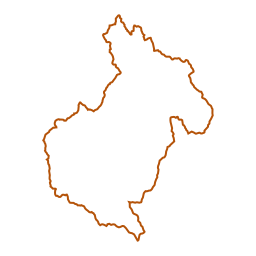 outline of Rodriguez de Mendoza, Amazonas, Peru
{"feature_id": "86281439B72683184025265", "entity_name": "Rodriguez de Mendoza", "entity_type": "district", "adm_level": 2, "iso_a3": "PER", "parent_name": "Peru", "parent_adm1": "Amazonas", "projection": "robinson", "projection_center": [-77.448, -6.363], "detail": "fine", "context": "isolated", "style": "outline", "palette": "amber", "viewbox_px": 256, "rotation_deg": 0, "n_neighbors": 0, "source": "geoboundaries", "source_scale": "gbopen_adm2", "svg_char_len": 5790}
<svg xmlns="http://www.w3.org/2000/svg" viewBox="0 0 256 256"><path d="M77.6,205.3L79.2,205.3L80.3,205.6L81.1,205.2L81.6,205.2L82.1,205.7L82.8,205.8L84.1,206.4L85.2,208.5L86.4,209.7L87.8,210.7L89.3,212.1L90.4,212.4L91.7,212.0L92.3,212.8L93.5,213.2L94.1,214.3L94.8,215.0L95.5,218.3L96.2,219.7L97.2,220.5L98.2,222.1L98.6,223.6L100.2,225.2L101.6,224.4L102.7,224.3L104.4,224.9L106.4,226.0L107.2,225.1L107.5,224.2L109.3,223.8L111.1,224.9L113.1,224.3L114.6,224.5L115.1,224.8L115.8,225.6L117.1,226.6L118.9,227.3L120.2,227.0L122.4,226.0L123.1,226.0L124.1,226.3L126.0,228.2L129.0,232.4L130.4,232.9L132.0,233.2L134.1,234.4L137.6,240.6L138.0,240.5L138.5,239.9L139.5,235.0L140.6,233.8L142.4,233.5L143.4,233.0L144.4,232.1L144.5,231.6L143.5,230.1L142.4,226.7L141.3,225.9L140.9,225.3L140.2,222.8L138.2,220.9L138.1,220.3L138.3,218.2L138.0,216.8L137.5,215.7L136.5,214.9L133.8,213.7L133.1,213.1L131.7,209.5L129.8,207.0L129.7,203.0L129.2,202.1L131.1,202.5L132.5,202.1L135.2,202.7L136.5,202.3L137.2,202.3L139.3,202.7L141.2,202.2L141.6,201.1L141.6,200.5L141.9,199.3L142.9,197.5L143.7,193.7L143.9,193.1L144.9,191.8L145.4,191.3L145.8,191.1L146.3,191.3L147.6,191.1L148.9,190.6L150.2,190.5L150.7,190.3L151.9,189.1L153.0,187.0L154.6,185.0L155.1,182.2L156.2,179.2L157.3,177.3L157.1,175.2L158.0,173.4L158.5,169.6L158.0,168.2L157.9,167.3L158.2,165.8L158.9,164.1L159.7,160.5L160.4,160.0L162.6,157.9L163.2,157.6L164.0,157.5L164.8,156.8L165.2,156.0L165.6,155.3L165.9,153.7L166.2,151.4L167.2,148.9L167.5,147.0L169.5,146.2L170.3,145.0L174.2,141.4L173.7,138.0L172.8,135.7L173.0,135.1L173.5,134.6L173.6,133.9L172.8,132.4L171.6,131.1L172.1,128.2L170.6,122.1L170.4,120.1L170.5,118.0L171.0,117.4L171.5,117.2L173.6,116.9L174.4,117.0L175.9,117.8L176.8,117.0L177.3,116.8L177.8,117.0L178.3,118.7L178.9,119.5L179.2,119.7L181.2,119.6L182.2,120.2L182.9,124.7L183.2,125.0L183.9,125.3L185.0,127.0L185.1,127.9L185.9,128.8L186.2,129.9L187.3,130.9L188.3,133.5L191.7,131.6L193.8,132.5L195.6,133.6L196.0,133.7L199.2,132.7L199.8,132.8L200.7,133.4L201.9,133.5L204.2,132.6L204.6,131.9L204.4,131.0L204.6,130.5L207.7,127.1L208.0,126.7L208.1,125.0L209.4,123.6L209.5,121.5L211.2,118.6L212.7,115.4L212.4,113.3L212.5,109.1L212.0,108.5L211.4,106.8L210.9,105.8L208.5,104.1L206.4,100.5L205.2,99.2L204.2,98.6L203.2,98.3L202.2,97.6L202.1,97.0L202.7,94.8L201.3,91.8L199.4,91.5L198.0,90.3L196.8,89.6L195.9,88.6L194.2,87.1L193.6,85.5L193.2,85.0L192.6,84.7L192.0,83.4L191.2,82.8L191.0,82.3L190.8,81.8L190.8,80.8L190.3,78.2L189.0,76.1L188.9,75.6L189.1,75.1L190.9,73.5L193.5,71.8L193.6,71.1L192.7,68.9L191.2,67.2L190.9,65.3L190.0,64.3L189.1,63.8L187.9,60.9L187.5,60.5L186.2,60.0L185.7,60.2L184.9,61.5L183.9,61.9L183.1,61.8L181.4,60.7L179.9,59.1L179.7,58.5L178.3,58.2L177.2,58.6L175.5,58.4L174.3,58.4L173.0,59.4L172.2,59.5L171.9,59.3L170.2,57.1L169.6,56.7L166.5,56.7L165.9,56.5L165.2,56.1L164.0,54.7L162.3,54.3L161.5,53.6L160.3,51.7L160.0,51.5L158.7,51.3L158.0,50.2L154.2,50.9L154.0,50.5L154.1,49.0L152.9,43.4L152.5,42.5L151.7,41.1L151.0,39.1L150.8,38.0L150.6,37.8L150.4,37.8L148.2,38.4L146.6,39.6L144.9,40.2L144.3,39.3L144.1,37.9L143.5,36.7L144.4,35.1L143.3,34.4L142.5,33.3L141.9,31.6L141.4,30.7L141.1,28.2L140.8,27.6L138.3,26.2L137.8,26.2L136.7,26.7L135.3,25.9L134.9,25.5L134.3,25.5L133.7,26.9L133.6,30.7L133.5,30.9L131.9,31.2L131.6,31.5L131.4,32.5L131.5,34.4L130.8,34.6L130.1,34.1L129.2,32.6L128.2,31.5L128.1,31.1L127.3,30.9L127.0,29.6L126.0,29.0L125.6,27.7L124.4,26.1L124.6,24.9L123.6,23.5L123.3,22.7L121.8,22.2L121.1,21.5L121.1,20.1L121.3,19.2L121.3,18.8L120.1,18.0L119.9,17.5L119.9,16.2L119.3,15.4L118.5,15.4L118.1,15.7L115.8,18.6L115.9,21.7L115.2,23.1L115.4,23.8L115.2,24.3L113.8,24.4L111.5,25.3L109.6,25.5L109.4,27.7L108.8,28.8L107.9,30.2L107.3,32.4L107.1,32.8L104.8,34.0L103.6,34.1L103.0,35.1L103.7,36.9L105.0,39.3L106.0,40.3L106.2,41.5L106.4,41.9L107.2,42.2L108.5,42.0L109.5,42.2L110.5,43.1L110.6,43.8L110.0,45.5L110.2,47.2L110.8,49.0L109.8,49.5L109.7,52.2L110.7,52.9L112.3,55.2L112.9,56.6L113.5,59.3L112.7,61.4L112.3,63.1L112.7,63.9L113.5,64.6L115.5,64.6L115.9,65.2L115.8,66.7L116.6,67.6L117.7,68.0L118.8,69.5L119.3,70.6L120.6,72.2L120.7,72.6L120.5,73.2L119.5,74.1L117.8,74.5L117.0,74.9L115.3,78.0L113.2,80.7L112.8,81.4L111.9,82.3L110.3,82.8L109.8,84.2L108.9,84.3L108.1,85.2L107.0,87.4L106.5,87.6L106.2,88.2L105.6,90.0L104.1,91.6L104.0,92.0L104.0,93.0L104.7,94.5L104.7,95.7L104.1,97.1L103.3,97.9L102.6,100.3L102.4,102.0L101.9,102.9L101.3,104.5L100.3,105.9L99.4,106.6L97.3,109.2L94.8,110.2L93.7,111.3L91.9,110.2L90.0,109.5L89.5,109.7L88.7,109.3L87.9,109.8L86.9,108.2L85.9,107.2L85.3,106.1L84.8,105.5L84.1,105.2L83.2,105.1L82.6,104.5L81.3,103.6L80.7,102.7L80.1,102.4L79.4,103.2L78.5,105.2L78.7,106.1L78.3,110.3L77.0,112.6L75.3,113.4L74.2,113.5L74.3,113.9L74.0,114.5L71.7,115.6L70.7,116.8L68.7,118.2L67.6,118.3L67.2,118.7L66.9,119.4L65.8,120.7L64.2,120.7L63.9,120.1L63.2,119.7L60.5,119.5L59.7,119.7L58.9,119.2L57.3,119.6L56.0,120.4L55.3,121.1L55.0,122.2L54.8,122.7L54.7,123.5L54.9,124.9L56.4,127.0L56.4,127.4L55.4,127.3L54.9,127.7L53.2,127.7L49.5,130.6L49.1,131.9L45.5,134.6L44.1,139.0L43.5,139.9L43.3,140.5L44.3,141.4L44.5,142.5L45.3,143.9L45.7,145.8L45.7,146.5L45.3,147.8L45.3,150.3L45.0,150.7L45.6,151.8L46.6,152.9L47.2,154.2L48.7,155.8L48.4,158.4L48.0,158.8L46.9,159.5L48.0,160.6L48.1,161.2L48.1,162.6L48.5,164.3L49.1,165.0L49.7,168.5L49.1,171.0L49.8,175.1L49.6,177.3L49.6,179.0L50.6,181.0L50.5,181.8L50.0,182.2L49.9,182.5L50.1,183.7L50.7,185.4L50.5,186.5L51.8,187.5L52.7,188.6L55.4,188.7L55.8,188.9L55.9,189.1L55.2,190.5L55.0,192.6L55.2,194.4L55.9,195.7L56.7,195.9L57.4,195.8L58.7,196.8L60.0,197.0L60.6,196.7L62.3,194.9L63.0,194.7L64.0,194.8L65.3,195.3L65.7,195.2L66.1,194.7L66.8,194.6L67.2,195.2L67.8,196.8L68.0,199.4L69.7,202.5L70.5,202.8L73.6,202.9L75.2,204.0L76.5,204.2L77.1,204.6L77.6,205.3Z" fill="none" stroke="#b45309" stroke-width="2"/></svg>